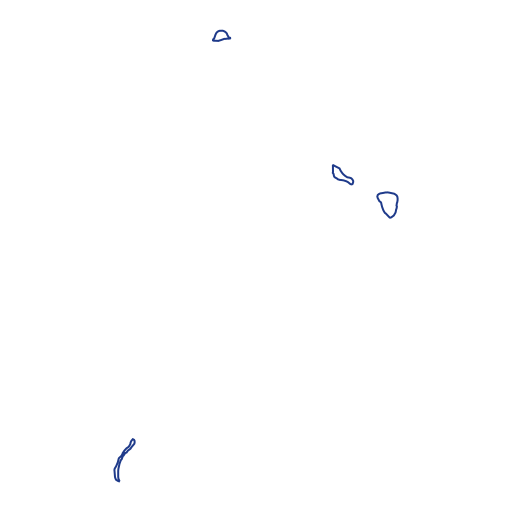 Ulithi, Federated States of Micronesia (Natural Earth projection)
{"feature_id": "79324940B95008512359217", "entity_name": "Ulithi", "entity_type": "district", "adm_level": 2, "iso_a3": "FSM", "parent_name": "Federated States of Micronesia", "parent_adm1": "", "projection": "natural_earth1", "projection_center": [139.729, 9.995], "detail": "fine", "context": "isolated", "style": "outline", "palette": "blue", "viewbox_px": 512, "rotation_deg": 0, "n_neighbors": 0, "source": "geoboundaries", "source_scale": "gbopen_adm2", "svg_char_len": 1885}
<svg xmlns="http://www.w3.org/2000/svg" viewBox="0 0 512 512"><path d="M393.2,193.5L389.5,192.7L387.7,192.4L385.3,192.5L383.4,192.9L381.7,193.2L380.3,193.4L379.0,194.0L377.8,194.9L377.3,196.5L377.7,198.0L379.4,201.2L380.8,202.2L381.2,203.0L381.4,204.1L381.9,206.1L382.1,206.9L382.4,207.7L383.2,209.9L383.9,211.3L384.9,212.9L385.8,213.5L389.6,217.5L390.1,217.7L391.2,217.4L393.8,215.5L395.5,212.6L395.8,211.4L396.1,209.6L396.5,208.7L396.9,206.7L396.8,206.1L396.5,205.7L396.9,203.0L397.2,202.4L397.6,200.2L397.6,198.3L397.3,196.6L396.6,195.4L395.3,194.4L393.9,193.6L393.2,193.5ZM333.2,165.2L332.9,165.5L333.0,171.9L332.8,172.9L333.5,173.8L334.0,176.1L334.4,176.9L335.1,177.5L336.8,178.4L337.9,179.3L339.8,179.9L341.2,180.0L343.7,180.4L346.4,181.3L348.1,182.2L350.4,184.1L351.8,184.4L352.6,183.9L353.2,182.0L353.2,181.0L352.5,179.6L351.3,178.3L349.7,177.7L347.3,177.3L345.3,176.0L343.3,174.3L342.1,172.9L340.6,170.7L339.5,168.4L333.2,165.2ZM134.1,439.9L132.8,439.2L131.4,440.8L130.6,442.5L130.3,444.2L128.7,446.8L126.5,448.3L124.4,450.6L122.6,453.3L122.6,453.8L121.4,455.9L119.0,458.1L118.7,458.7L117.8,462.3L116.3,465.9L115.5,467.3L114.7,468.6L114.4,470.0L114.5,470.8L115.0,477.0L115.4,478.3L116.0,479.7L117.7,480.8L119.0,481.3L119.3,480.7L118.4,478.5L118.2,476.9L118.2,473.8L118.2,470.8L118.4,468.9L119.5,463.8L120.8,460.2L121.7,459.2L122.8,456.1L123.5,455.6L125.3,452.9L126.5,452.6L127.9,450.6L130.4,448.8L131.5,447.1L134.3,443.8L134.6,442.7L134.6,441.0L134.1,439.9ZM213.0,40.0L213.0,40.4L213.5,40.7L214.1,40.7L218.6,40.9L219.1,40.6L220.9,40.1L224.2,38.9L225.7,38.9L226.6,38.7L227.4,38.6L228.4,38.7L230.0,38.5L230.2,38.2L230.1,37.8L228.8,37.5L228.1,36.2L227.4,35.1L227.0,33.9L226.4,32.9L225.0,31.7L223.6,31.0L222.6,30.7L219.5,30.8L218.2,31.3L216.9,32.3L216.2,33.2L215.4,34.9L214.7,37.0L214.1,38.5L213.6,39.0L213.2,39.3L213.0,40.0Z" fill="none" stroke="#1e3a8a" stroke-width="2"/></svg>